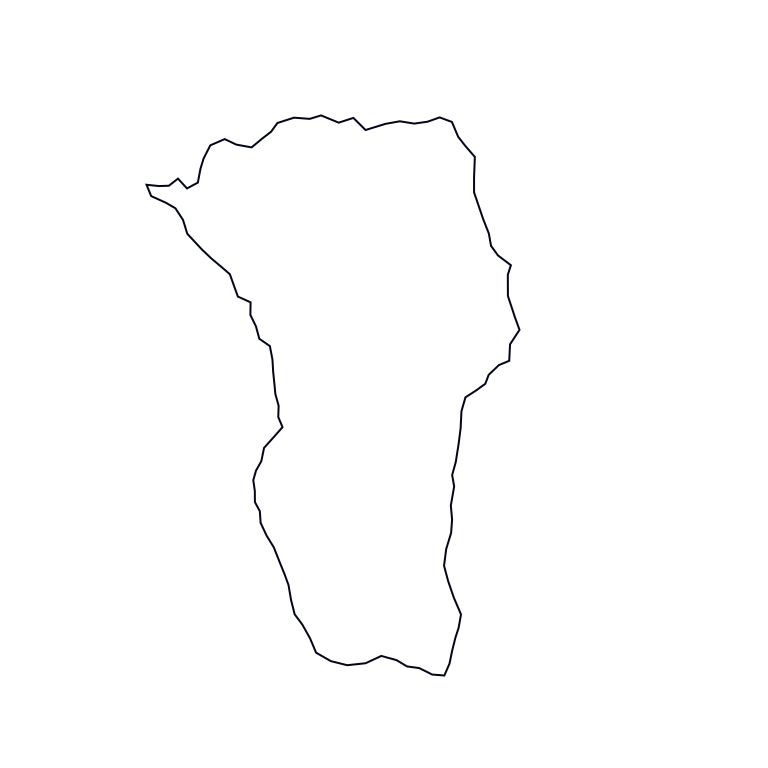 outline of Borá, São Paulo, Brazil, rotated 155°
{"feature_id": "56859067B19107270357913", "entity_name": "Borá", "entity_type": "district", "adm_level": 2, "iso_a3": "BRA", "parent_name": "Brazil", "parent_adm1": "São Paulo", "projection": "orthographic", "projection_center": [-50.497, -22.235], "detail": "fine", "context": "isolated", "style": "outline", "palette": "ink", "viewbox_px": 768, "rotation_deg": 155, "n_neighbors": 0, "source": "geoboundaries", "source_scale": "gbopen_adm2", "svg_char_len": 1581}
<svg xmlns="http://www.w3.org/2000/svg" viewBox="0 0 768 768"><g transform="rotate(155 384 384)"><path d="M559.1,169.2L549.3,155.3L536.2,144.7L518.7,138.7L501.4,138.7L489.3,128.4L482.5,118.3L472.2,111.7L463.1,100.3L452.5,94.3L442.8,102.9L435.0,113.4L426.5,123.9L419.3,131.6L411.6,142.6L411.0,160.8L409.2,178.0L406.4,193.9L397.4,208.1L386.1,220.7L379.6,232.3L374.8,245.6L363.7,261.5L360.7,272.7L351.9,283.0L341.8,298.0L333.1,311.8L325.3,326.6L315.8,337.5L303.4,339.2L292.1,341.4L285.2,348.1L271.8,352.6L260.7,352.1L253.0,366.7L238.3,375.8L237.1,389.5L234.5,411.4L225.6,430.7L218.8,438.0L226.4,452.4L228.6,464.0L225.4,476.0L224.4,491.9L221.4,519.6L215.3,532.7L205.7,551.4L209.7,565.4L212.3,576.7L211.7,592.8L220.9,602.1L233.6,603.3L246.5,607.2L258.6,615.4L272.9,619.2L293.4,622.0L299.3,638.1L314.6,640.0L327.5,654.0L339.3,655.7L353.0,663.4L370.3,665.6L379.6,660.4L391.1,657.8L404.0,654.4L416.7,663.4L424.9,673.3L440.6,673.7L452.3,664.5L459.4,656.6L467.6,645.2L479.9,644.5L483.9,657.2L495.2,654.6L504.3,658.5L515.0,664.9L515.6,652.7L504.9,640.2L498.8,631.4L496.8,617.7L498.8,603.3L492.2,582.9L487.4,570.7L481.5,558.0L477.3,548.6L478.5,535.9L479.5,525.0L470.4,514.4L475.9,503.1L475.7,490.2L477.9,477.7L471.4,466.6L474.8,453.2L479.3,441.9L483.1,430.9L486.7,420.8L488.7,408.8L493.8,398.7L494.2,387.8L507.0,382.2L519.7,376.8L527.8,365.9L536.6,359.6L543.1,352.1L546.3,341.6L550.9,331.5L550.3,321.2L554.5,310.3L554.5,296.3L552.9,282.6L553.9,265.6L554.5,253.8L555.5,242.2L559.5,227.6L562.3,213.0L559.7,200.6L558.5,184.5L559.1,169.2Z" fill="none" stroke="#020617" stroke-width="2"/></g></svg>